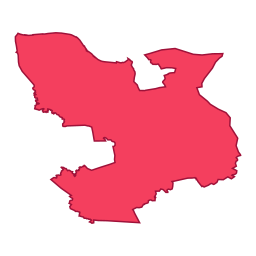 outline of Zaļesjes pag., Zilupes, Latvia
{"feature_id": "27541924B33285860517164", "entity_name": "Zaļesjes pag.", "entity_type": "district", "adm_level": 2, "iso_a3": "LVA", "parent_name": "Latvia", "parent_adm1": "Zilupes", "projection": "natural_earth1", "projection_center": [28.074, 56.351], "detail": "fine", "context": "isolated", "style": "filled", "palette": "rose", "viewbox_px": 256, "rotation_deg": 0, "n_neighbors": 0, "source": "geoboundaries", "source_scale": "gbopen_adm2", "svg_char_len": 5647}
<svg xmlns="http://www.w3.org/2000/svg" viewBox="0 0 256 256"><path d="M107.0,220.7L139.6,222.7L134.6,213.2L133.5,210.6L132.7,209.5L136.6,207.5L139.1,207.7L141.8,207.1L143.1,204.9L144.3,204.4L144.2,204.0L147.9,202.9L148.4,201.9L148.3,200.8L148.5,200.6L150.1,200.0L151.0,200.0L152.2,200.7L155.0,200.6L155.2,198.1L154.9,197.8L155.5,197.6L155.4,197.4L155.5,197.3L155.0,196.9L155.3,196.8L154.9,196.2L156.2,193.9L155.5,191.2L159.4,191.1L160.8,189.0L163.2,189.6L165.9,192.4L167.8,192.4L167.9,192.0L166.9,190.4L167.4,189.6L168.6,189.1L170.4,189.7L172.2,188.9L172.7,186.5L173.0,182.9L172.0,181.5L174.0,181.2L187.8,178.1L192.6,178.0L195.0,177.6L195.3,178.0L195.7,178.1L195.5,178.4L196.1,178.8L196.4,178.8L196.3,179.7L197.4,180.2L197.9,181.5L201.3,185.8L201.9,186.5L202.2,186.2L202.7,186.1L204.1,187.0L208.4,185.2L210.3,183.9L211.3,183.5L212.2,183.6L213.3,184.3L213.7,184.4L214.5,184.0L216.8,182.4L217.2,181.8L218.1,179.5L223.3,179.7L227.8,176.9L231.4,178.8L234.4,176.7L231.9,175.3L232.4,174.8L234.5,174.5L235.9,173.7L236.5,172.9L236.8,170.7L232.5,168.4L236.3,166.2L235.4,163.2L236.2,161.1L237.3,160.6L237.6,160.0L237.4,159.0L236.6,158.4L236.2,157.5L238.3,156.0L240.6,155.4L240.4,154.6L238.5,152.1L236.1,145.7L237.7,138.2L229.8,125.7L230.2,117.8L226.0,112.7L218.4,109.2L210.3,104.3L207.4,101.2L199.4,94.7L196.8,87.7L202.0,86.8L201.8,83.4L204.4,78.5L212.4,68.2L215.5,62.2L219.4,58.1L222.0,56.3L222.8,53.6L220.8,53.7L212.5,53.8L202.1,55.0L193.3,54.3L175.1,48.5L161.6,49.9L149.8,53.5L144.7,54.9L147.3,57.6L148.9,59.7L150.5,59.7L150.8,59.9L151.0,60.3L150.5,61.8L150.8,62.7L151.9,63.2L152.2,63.8L152.9,64.3L156.6,64.4L158.0,64.0L158.5,64.3L159.7,66.2L160.5,67.2L160.6,67.7L161.3,68.9L166.3,67.7L167.5,67.7L171.9,67.8L175.7,68.5L175.0,71.4L174.5,72.6L170.0,73.0L168.2,73.7L168.1,74.2L164.2,75.5L164.9,77.4L165.1,78.7L164.6,79.6L162.9,81.4L162.7,82.1L162.8,82.5L164.6,84.8L165.5,86.8L159.6,87.6L155.5,88.7L145.6,90.3L144.7,90.6L139.6,90.5L137.9,87.0L137.3,85.0L133.8,81.6L134.4,77.2L135.0,74.6L135.1,73.5L134.9,71.8L133.6,69.7L133.7,69.0L132.3,67.1L131.3,65.1L132.3,62.3L132.1,61.5L130.2,60.5L129.9,59.7L128.0,58.5L128.3,59.4L127.8,60.0L124.8,62.1L123.3,62.6L122.4,62.4L121.4,62.8L120.4,62.8L116.5,61.7L116.3,62.9L104.8,61.8L102.3,61.4L100.7,60.9L97.9,59.5L94.7,56.8L94.7,57.2L93.8,56.5L94.1,56.4L93.3,55.7L91.6,53.8L88.3,51.4L87.9,51.6L86.7,50.9L87.1,50.6L86.2,49.7L86.5,49.5L85.0,47.4L84.4,46.0L83.8,46.1L79.9,40.3L77.7,38.0L76.4,37.0L76.2,37.2L71.6,34.9L69.8,34.4L61.4,33.1L55.7,32.8L48.0,33.5L44.9,34.0L42.7,34.1L42.7,33.9L32.9,34.7L32.9,35.1L28.9,35.4L26.1,35.3L26.3,35.0L24.6,34.8L24.5,35.1L21.1,34.5L21.2,34.4L19.7,34.0L18.0,33.3L17.3,34.4L15.4,36.7L15.4,38.2L15.5,41.3L16.4,45.9L17.2,51.1L16.2,52.3L17.5,52.9L18.0,54.4L18.2,55.4L18.5,62.1L19.2,65.8L22.2,71.3L33.0,83.7L34.2,85.2L34.2,86.8L32.9,87.9L32.8,88.3L32.9,88.8L33.5,89.6L35.3,90.6L35.2,91.3L35.5,92.0L34.8,92.2L34.8,92.8L34.2,93.0L34.0,93.4L34.3,93.7L35.2,93.7L35.8,94.5L34.4,94.6L34.1,94.9L34.1,95.2L34.8,95.9L34.8,97.4L35.7,98.1L37.1,98.0L37.4,98.3L37.2,99.1L37.7,100.0L37.2,100.2L35.9,100.0L35.6,100.3L35.7,101.1L36.9,102.1L36.6,102.7L36.5,103.2L37.3,103.3L38.6,103.1L39.1,103.5L39.0,103.8L38.6,104.0L36.9,104.0L36.6,104.8L35.1,105.5L35.0,105.9L35.3,106.8L34.7,108.4L34.7,108.8L35.6,109.1L36.2,109.1L37.0,109.5L37.9,109.5L38.3,109.9L39.4,110.1L40.9,109.3L43.1,108.6L43.7,108.7L43.9,108.9L43.7,109.3L42.5,110.5L42.4,110.8L43.2,111.6L43.1,111.9L43.3,112.2L43.7,112.2L45.2,111.8L46.1,112.4L46.3,112.2L46.2,111.7L47.1,111.6L47.4,111.7L47.6,112.1L48.0,112.0L48.0,111.8L47.6,111.1L47.6,110.8L48.1,110.5L47.6,110.0L47.9,109.5L47.9,109.0L50.3,109.6L50.7,110.3L51.3,110.1L51.6,110.2L52.2,110.8L51.7,112.1L52.2,113.3L53.6,112.9L53.5,113.7L53.7,113.9L55.1,112.9L55.6,112.9L57.1,114.6L58.7,114.9L59.0,115.7L60.0,116.8L61.2,117.3L61.8,117.3L62.4,117.7L62.1,118.7L62.2,119.1L62.5,119.1L63.0,119.0L63.9,119.1L64.4,119.4L64.4,119.8L64.1,120.3L64.0,120.8L64.0,121.4L64.4,121.8L64.1,122.4L62.7,123.9L62.7,125.6L62.9,126.2L63.1,126.4L65.2,126.5L67.1,125.9L84.9,125.2L88.2,126.0L88.7,125.9L91.7,127.1L92.8,132.2L94.3,141.0L105.6,140.9L104.9,139.4L103.5,138.3L103.6,137.9L103.9,137.7L104.9,137.5L106.3,138.2L107.9,139.9L110.7,139.8L111.3,140.3L111.7,141.0L112.5,141.5L114.0,141.8L114.7,142.4L115.0,143.0L115.1,143.9L115.0,145.4L113.8,146.5L113.0,146.5L114.9,155.6L114.5,159.3L115.0,162.5L109.7,164.4L100.8,167.2L91.6,170.3L87.4,168.5L85.5,166.4L84.4,165.4L84.0,165.5L84.1,165.9L84.3,166.0L83.9,166.3L83.4,166.5L82.6,166.4L81.5,167.3L81.1,167.4L80.2,166.9L79.5,167.2L79.2,167.6L79.6,167.9L79.6,168.5L79.5,169.0L78.7,169.4L78.9,170.4L77.7,170.7L77.3,170.6L76.9,170.1L76.6,170.2L75.8,171.0L76.5,172.8L75.0,173.9L74.9,174.2L75.8,174.8L75.8,175.1L75.4,175.5L75.2,176.0L74.8,176.4L74.0,175.6L74.0,174.7L73.7,174.0L72.4,173.3L72.2,172.9L72.6,171.7L71.1,171.5L69.9,170.6L69.0,170.2L68.6,170.2L67.8,170.7L66.9,169.8L66.5,169.0L65.9,168.5L65.0,168.6L63.7,167.5L61.3,167.2L61.2,167.3L63.2,169.4L63.0,169.9L62.6,170.3L61.5,171.0L61.4,171.3L61.5,171.8L60.6,173.2L60.9,174.9L60.7,175.1L59.7,175.3L58.8,175.0L56.3,175.3L56.1,175.6L56.1,175.8L56.9,176.6L56.6,177.9L56.0,178.0L55.0,177.6L53.7,177.6L50.9,179.5L61.1,188.2L71.3,195.4L69.6,196.4L71.1,197.7L72.4,198.3L72.6,198.6L72.5,199.6L72.0,200.3L70.6,200.4L70.0,200.7L69.7,201.2L69.5,202.7L69.1,203.3L71.4,204.5L69.8,206.6L70.4,208.6L74.8,210.6L75.4,211.4L77.6,211.4L78.3,211.8L79.7,212.1L79.8,212.3L79.7,213.3L79.3,214.3L79.6,215.2L79.1,215.9L83.5,217.1L84.1,218.2L86.2,218.3L86.8,218.8L88.0,218.6L88.7,219.2L89.4,219.3L90.2,219.2L91.5,220.2L89.5,221.9L91.1,222.6L91.9,223.2L93.7,222.8L93.8,220.0L98.2,220.5L107.0,220.7Z" fill="#f43f5e" stroke="#9f1239" stroke-width="1.5"/></svg>